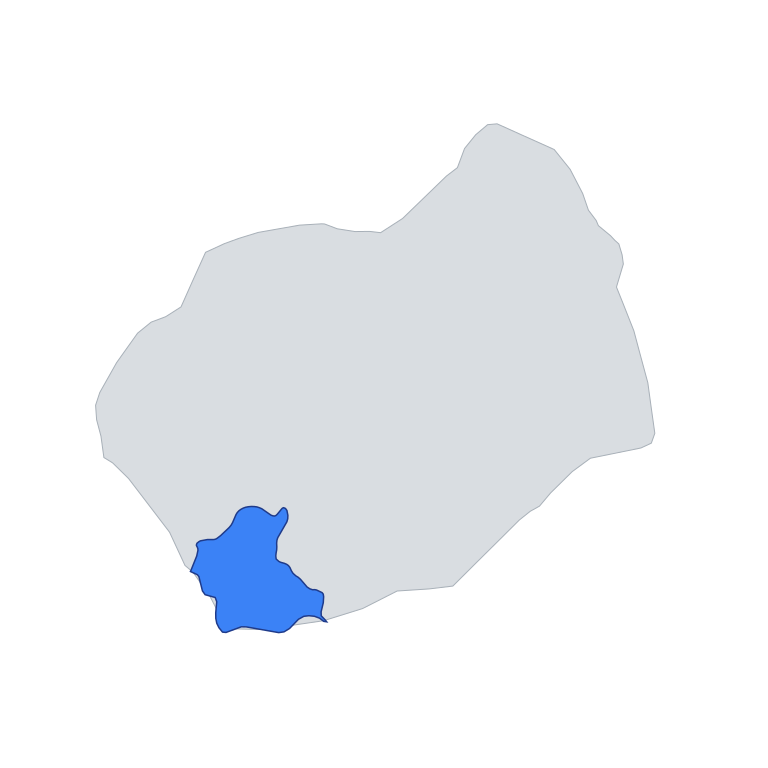 Lesotho, with Butha-Buthe highlighted, rotated 194°
{"feature_id": "LSO-1211", "entity_name": "Butha-Buthe", "entity_type": "District", "adm_level": 1, "iso_a3": "LSO", "parent_name": "Lesotho", "parent_adm1": "", "projection": "orthographic", "projection_center": [28.556, -28.822], "detail": "fine", "context": "in_parent", "style": "filled", "palette": "blue", "viewbox_px": 768, "rotation_deg": 194, "n_neighbors": 0, "source": "natural_earth", "source_scale": "10m", "svg_char_len": 2393}
<svg xmlns="http://www.w3.org/2000/svg" viewBox="0 0 768 768"><g transform="rotate(194 384 384)"><path d="M504.4,517.7L483.4,524.3L480.4,524.9L467.0,523.3L449.0,524.9L434.8,528.6L423.9,530.0L406.0,549.1L373.7,600.9L365.1,611.7L362.8,632.0L355.3,648.1L346.2,660.7L337.2,663.8L310.2,658.9L275.6,652.7L255.3,637.3L237.3,616.9L227.7,602.1L217.7,594.0L214.3,589.5L200.1,582.7L194.7,579.2L190.0,576.7L184.2,566.9L180.8,558.3L181.9,534.3L171.7,520.2L154.4,496.0L143.4,476.1L128.3,449.0L119.0,425.7L109.3,401.7L110.3,391.3L119.2,384.1L145.4,371.6L165.8,361.9L180.2,344.5L196.0,318.6L203.6,303.1L211.3,295.9L219.7,284.9L234.4,260.6L250.8,233.6L268.3,204.6L290.6,196.1L321.2,186.3L350.5,160.9L385.6,139.6L442.2,116.4L468.6,110.5L478.7,107.2L485.1,111.6L491.8,124.8L501.4,135.8L523.7,155.1L533.2,159.8L556.2,188.3L580.7,207.9L609.0,230.5L628.2,241.8L638.0,244.9L646.0,264.9L654.2,279.8L658.7,293.6L657.7,307.1L648.6,340.1L635.4,373.7L624.9,387.7L612.1,396.5L599.6,409.7L594.8,436.8L589.0,468.6L572.8,481.6L560.2,490.1L542.8,500.6L504.4,517.7Z" fill="#d9dde1" stroke="#a8b0b8" stroke-width="1"/><path d="M480.7,104.2L485.2,107.6L488.4,111.4L490.5,115.9L491.9,121.2L493.6,132.2L496.1,136.0L506.6,136.3L510.1,139.3L517.0,152.3L518.9,153.8L526.3,155.2L526.5,155.3L526.3,155.9L524.1,171.8L524.3,177.7L524.8,179.2L525.4,180.1L525.9,180.8L526.5,181.4L527.0,182.1L527.1,183.0L526.9,184.3L525.4,186.3L524.2,187.4L517.8,190.3L511.5,191.9L509.9,192.7L508.7,193.8L505.9,197.3L499.5,207.3L498.2,210.0L497.4,212.9L496.0,221.5L495.3,223.7L494.1,225.9L492.6,227.7L490.6,229.5L488.5,230.9L485.9,232.1L483.0,233.1L480.1,233.7L477.5,234.0L474.9,233.8L472.4,233.4L461.9,229.4L460.0,229.2L458.3,229.4L457.1,230.2L456.1,231.7L453.2,237.8L452.5,239.0L451.4,239.7L449.5,239.4L447.6,237.8L445.5,233.3L444.8,229.9L444.9,226.8L449.9,209.2L450.1,206.6L449.7,203.7L448.6,200.0L448.0,197.0L447.8,193.8L447.4,191.0L446.3,188.1L443.1,186.4L441.2,186.0L437.3,185.9L434.8,185.5L432.8,184.7L430.9,183.2L428.7,180.4L426.5,178.3L423.1,176.5L420.5,175.7L417.8,174.3L409.5,168.4L406.3,167.3L403.5,167.1L401.5,167.7L399.6,167.8L393.6,166.6L392.1,165.4L391.1,163.0L390.0,157.1L389.9,147.7L388.8,143.9L383.9,140.8L382.1,139.4L385.1,139.1L389.9,141.2L395.3,141.8L400.8,141.0L405.6,139.2L410.1,135.0L416.5,123.9L421.1,119.3L426.0,117.3L459.0,115.0L463.7,113.9L477.2,104.7L480.7,104.2Z" fill="#3b82f6" stroke="#1e3a8a" stroke-width="1.5"/></g></svg>